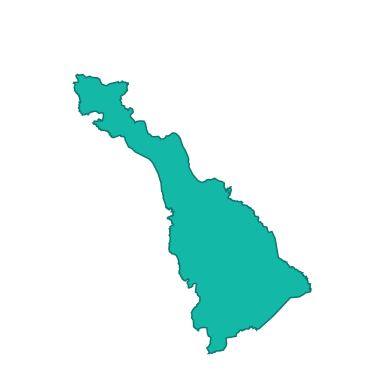 Bueng Sam Phan, Phetchabun, Thailand (Mercator projection), rotated 244°
{"feature_id": "78962969B41287674230376", "entity_name": "Bueng Sam Phan", "entity_type": "district", "adm_level": 2, "iso_a3": "THA", "parent_name": "Thailand", "parent_adm1": "Phetchabun", "projection": "mercator", "projection_center": [101.036, 15.826], "detail": "fine", "context": "isolated", "style": "filled", "palette": "teal", "viewbox_px": 384, "rotation_deg": 244, "n_neighbors": 0, "source": "geoboundaries", "source_scale": "gbopen_adm2", "svg_char_len": 6028}
<svg xmlns="http://www.w3.org/2000/svg" viewBox="0 0 384 384"><g transform="rotate(244 192 192)"><path d="M342.3,133.7L341.9,133.2L341.1,134.1L339.8,134.2L337.5,131.9L335.7,131.6L334.6,131.0L333.0,131.5L331.5,131.4L331.5,132.0L329.0,132.2L328.5,132.9L327.0,132.1L326.0,132.5L324.5,131.7L322.8,131.7L322.7,131.2L321.9,131.3L322.0,130.5L321.5,130.8L321.5,129.9L320.8,130.1L320.2,128.9L319.0,128.3L317.9,128.3L318.0,127.9L317.3,126.9L315.3,127.2L314.2,126.0L312.3,127.1L311.2,127.0L309.8,127.7L309.2,127.3L309.1,128.6L308.4,129.6L308.5,130.5L309.0,130.9L307.8,132.4L307.0,132.5L308.4,135.9L307.8,136.8L307.5,139.4L306.6,141.2L303.5,143.0L302.3,146.5L301.5,146.7L299.5,145.9L295.4,143.0L295.4,142.4L295.9,142.5L296.2,142.1L295.8,140.8L296.3,140.7L297.1,141.4L298.5,140.2L298.4,139.6L296.8,138.2L298.6,135.2L297.3,133.9L297.5,133.4L296.6,133.3L295.9,133.5L295.8,134.6L295.0,134.6L294.7,135.7L292.8,135.0L291.9,135.8L292.0,136.5L289.6,136.0L288.9,136.5L288.9,137.2L288.3,137.0L287.1,137.5L287.1,138.5L286.6,138.8L286.1,140.3L285.1,140.8L283.9,142.6L283.1,142.6L282.9,143.3L281.7,143.2L281.7,143.6L280.2,144.1L280.0,143.2L279.5,143.0L278.5,143.7L277.6,143.5L277.4,144.4L276.2,144.0L275.2,145.5L274.6,152.7L273.0,152.5L271.5,155.3L269.9,155.4L267.8,154.7L260.2,154.8L257.3,157.1L252.7,158.7L241.0,167.7L238.1,168.9L235.0,169.5L223.6,169.7L213.6,168.1L205.9,165.1L204.4,165.4L201.9,164.5L201.3,164.8L199.5,163.5L192.7,162.8L189.3,161.7L188.7,163.0L187.6,162.6L187.1,163.7L186.4,163.4L186.0,163.8L186.1,164.3L186.8,164.4L186.9,166.0L185.6,166.6L185.0,165.8L184.5,166.6L183.3,164.8L182.8,166.2L182.0,166.4L181.7,166.9L181.3,165.5L179.1,164.8L179.1,163.7L179.7,163.5L179.7,159.1L179.0,158.3L178.4,158.7L178.0,159.8L177.2,159.8L175.4,161.1L172.4,160.2L172.2,160.9L170.6,160.9L170.5,157.1L168.9,156.6L168.9,155.5L166.8,155.7L166.7,154.8L163.7,153.8L163.4,152.7L160.3,152.5L156.4,149.9L155.8,148.8L153.9,148.6L153.7,147.8L152.1,147.5L151.8,146.6L148.1,145.6L147.0,146.7L145.4,146.6L144.6,148.2L142.0,150.1L137.6,150.1L134.7,149.5L134.3,148.6L133.5,148.4L132.8,149.1L132.7,148.6L130.8,148.6L129.8,147.6L129.1,148.0L128.3,147.5L126.6,145.7L125.2,145.7L124.9,144.7L123.3,145.2L120.4,145.1L119.6,145.8L118.5,145.0L116.0,146.1L114.9,147.2L115.7,148.9L115.3,150.8L113.9,150.3L113.5,148.7L111.9,147.6L110.4,148.0L107.5,146.8L107.1,147.1L106.8,149.7L107.2,151.2L108.6,152.1L108.8,154.0L108.1,155.3L107.0,155.5L100.7,151.3L100.1,151.4L99.3,152.5L96.7,151.8L94.1,153.1L89.8,150.9L88.5,146.8L87.1,146.1L87.2,144.3L86.3,142.1L84.0,138.7L81.1,137.9L78.8,136.5L76.1,137.0L70.5,134.5L69.3,134.6L68.4,135.4L67.9,135.2L66.7,136.3L65.8,136.2L65.3,136.8L64.5,136.8L64.5,137.2L65.4,137.4L65.9,138.2L66.1,140.5L65.2,143.1L63.4,145.8L58.3,144.0L55.3,143.6L54.4,144.5L52.5,145.1L49.2,142.6L47.8,142.4L47.3,140.9L46.1,140.1L45.3,137.0L41.0,137.3L39.9,136.9L39.6,136.1L39.2,136.8L39.4,137.9L38.2,139.6L38.8,141.0L38.0,141.8L38.0,142.9L38.5,143.2L38.3,144.6L37.1,147.1L36.2,150.9L38.5,154.9L40.6,156.7L45.3,158.3L45.8,159.0L43.0,168.4L44.9,169.5L45.8,171.5L45.5,172.2L45.8,173.1L46.8,174.2L46.6,175.5L45.6,175.7L45.2,176.8L45.6,177.1L45.3,177.8L45.6,178.1L45.0,179.1L45.5,179.9L45.4,181.0L44.1,182.4L44.5,183.3L44.1,183.8L45.5,184.9L44.5,186.0L45.0,187.0L42.4,187.1L42.6,189.0L41.2,189.9L40.7,189.3L40.5,189.8L39.9,189.7L40.3,190.2L39.7,192.2L45.1,211.0L53.9,234.1L50.8,242.3L51.0,247.7L51.7,249.4L50.5,254.8L51.3,255.5L51.9,255.3L52.0,255.8L52.7,255.3L53.2,256.3L53.7,255.5L54.0,256.3L54.8,256.3L55.8,257.2L56.5,257.1L57.6,258.0L58.2,257.3L57.9,256.6L58.4,256.2L61.6,257.1L62.7,256.9L63.2,257.5L63.3,256.8L63.8,257.1L64.3,256.5L64.9,257.7L65.9,257.7L65.7,256.7L67.0,256.2L67.2,255.6L67.6,255.8L68.1,255.2L69.0,255.8L70.9,254.8L71.0,255.7L71.8,254.6L72.6,254.7L73.6,253.8L73.9,252.8L75.6,252.6L76.7,251.9L76.9,251.0L80.0,250.2L80.7,249.7L80.9,249.0L80.6,248.5L81.1,248.3L80.8,247.9L81.6,246.8L82.4,247.0L86.4,246.1L87.3,246.5L87.6,245.7L88.7,245.4L88.6,244.6L89.2,244.2L89.6,244.4L91.1,243.1L92.3,243.0L93.1,242.0L95.2,240.9L113.5,246.2L121.5,246.5L121.8,243.8L123.0,242.9L127.6,243.9L129.5,241.2L131.3,241.0L132.6,241.5L133.1,240.9L135.2,240.4L135.6,239.1L138.0,238.8L138.6,240.1L139.9,240.7L141.3,240.3L141.3,239.5L142.9,238.0L143.9,238.3L145.3,237.8L145.6,238.7L146.1,238.5L146.5,239.1L148.3,239.2L150.0,237.9L151.6,237.9L151.9,237.0L152.6,237.2L153.1,236.0L154.0,236.2L154.4,235.7L155.7,235.5L157.6,233.0L157.4,232.6L158.8,231.6L160.4,231.9L160.4,232.8L161.9,232.1L163.1,229.2L164.1,228.7L164.4,227.2L165.7,226.2L165.9,225.3L166.6,225.0L166.6,224.6L168.9,223.8L168.9,223.2L169.6,223.1L170.5,221.6L172.0,222.8L172.5,224.6L173.5,224.8L173.5,225.3L174.4,225.3L175.1,224.6L175.2,226.0L174.6,226.4L176.4,228.0L178.2,228.5L178.8,228.2L179.5,229.0L179.6,227.8L178.9,226.8L179.7,225.6L178.3,225.0L179.0,224.9L179.4,223.7L178.0,224.0L177.8,223.1L182.4,223.1L185.9,224.9L188.4,223.4L190.2,220.9L194.4,218.4L194.8,213.6L195.7,213.1L196.4,210.4L195.7,208.7L196.1,207.7L195.8,206.6L196.9,204.2L200.1,202.1L207.2,200.4L215.1,200.2L216.5,200.5L218.0,201.7L220.2,201.8L221.9,202.4L222.1,203.1L225.0,203.8L232.9,204.2L237.4,203.7L245.4,204.9L248.2,204.5L251.7,203.1L253.4,201.0L253.4,199.2L252.7,196.7L252.9,195.0L253.7,193.5L252.2,191.2L252.5,188.6L253.3,187.2L256.6,186.3L258.7,181.2L259.9,180.1L262.0,179.7L264.0,177.8L265.7,178.6L267.0,178.3L273.5,180.0L276.7,179.9L278.7,176.3L279.7,172.9L279.1,170.8L281.3,171.4L286.2,169.8L287.3,169.9L288.4,170.8L289.3,174.0L291.4,174.8L293.2,174.6L294.8,173.2L294.8,172.5L293.4,170.3L295.4,169.9L296.2,168.3L298.8,169.1L300.8,166.9L304.1,167.9L306.2,167.6L306.6,167.8L306.5,169.3L309.3,169.7L309.7,174.1L311.7,178.6L314.5,179.2L316.7,180.9L316.7,182.0L318.2,182.3L318.2,180.8L319.7,180.6L320.2,179.0L322.2,177.9L321.6,177.3L322.3,173.8L323.3,174.1L325.3,165.5L325.0,163.4L325.3,161.1L328.6,158.2L331.9,158.1L333.8,158.5L334.5,157.7L335.9,157.2L338.8,152.4L340.9,150.8L341.3,146.8L345.3,145.5L346.7,141.4L347.8,140.7L347.5,138.8L345.2,138.4L343.8,139.0L340.4,138.0L342.3,133.7Z" fill="#14b8a6" stroke="#0f766e" stroke-width="1.5"/></g></svg>